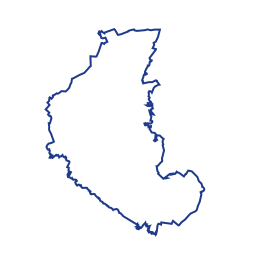 Villa Corzo, Chiapas, Mexico, rotated 98°
{"feature_id": "50627088B92605446489911", "entity_name": "Villa Corzo", "entity_type": "district", "adm_level": 2, "iso_a3": "MEX", "parent_name": "Mexico", "parent_adm1": "Chiapas", "projection": "mercator", "projection_center": [-93.016, 16.137], "detail": "fine", "context": "isolated", "style": "outline", "palette": "blue", "viewbox_px": 256, "rotation_deg": 98, "n_neighbors": 0, "source": "geoboundaries", "source_scale": "gbopen_adm2", "svg_char_len": 5900}
<svg xmlns="http://www.w3.org/2000/svg" viewBox="0 0 256 256"><g transform="rotate(98 128 128)"><path d="M166.8,52.5L162.1,58.7L161.8,62.5L165.6,64.1L165.6,64.6L168.2,65.9L165.6,70.5L165.0,72.8L164.5,73.7L166.7,74.7L167.9,78.0L167.0,77.5L167.6,79.9L168.0,80.5L171.7,84.1L172.1,82.2L172.8,84.1L172.2,84.7L173.3,86.0L169.1,91.8L168.2,91.4L166.5,92.9L161.9,94.3L161.9,93.6L157.8,90.9L156.3,89.6L155.9,89.5L153.5,90.1L145.2,89.2L140.1,91.3L139.4,90.8L137.7,91.6L135.9,91.9L133.8,91.2L133.2,92.5L131.1,95.4L131.1,98.2L134.1,98.8L135.9,97.6L137.4,99.4L136.8,100.5L135.5,99.9L135.6,98.9L135.1,98.9L134.8,99.6L130.2,99.7L129.2,100.8L129.1,103.9L125.8,106.6L124.4,106.5L124.2,105.5L122.9,105.5L123.4,107.5L123.9,108.0L122.6,108.3L122.4,108.8L122.3,109.9L122.9,110.8L122.9,111.5L121.2,112.4L120.7,111.4L121.1,110.1L121.0,109.5L120.6,109.3L120.5,106.4L119.8,105.3L118.3,104.7L117.6,105.2L117.6,106.8L113.6,106.4L111.9,107.6L111.7,107.4L110.8,107.9L111.1,104.5L110.4,105.1L110.3,105.6L109.6,106.0L109.8,108.5L107.7,109.4L107.7,107.4L106.3,107.8L105.2,106.1L104.3,106.8L101.0,107.2L101.1,107.8L101.7,108.7L102.7,108.8L102.5,109.7L103.3,109.7L103.2,110.3L103.5,111.3L103.0,112.6L102.9,112.1L102.2,111.9L102.1,111.6L101.0,111.8L101.2,111.4L100.6,111.5L100.5,110.8L99.8,109.9L99.7,109.1L100.0,108.6L99.3,108.5L98.5,109.6L98.5,110.0L96.6,111.5L95.4,110.9L94.7,110.8L93.9,112.1L92.6,111.9L90.2,112.3L89.8,112.6L89.1,112.1L88.6,112.1L88.5,111.7L88.7,110.3L89.7,109.3L84.6,108.0L83.2,107.0L80.9,103.8L80.7,103.0L77.9,105.7L77.3,107.2L77.0,106.8L76.9,107.1L79.2,110.3L79.7,113.7L81.7,119.1L80.5,119.4L80.6,119.7L79.3,119.9L79.0,120.6L78.6,120.6L75.4,119.9L73.4,119.8L73.1,119.6L72.8,118.0L71.8,116.9L71.2,117.3L71.2,118.9L69.9,119.0L66.4,118.0L64.5,117.0L63.4,117.1L63.4,116.0L62.6,115.6L59.6,115.7L59.0,114.6L58.1,113.9L57.7,113.9L57.6,115.0L57.2,115.3L57.2,115.7L55.7,116.4L46.7,111.4L46.0,111.3L45.5,114.7L42.0,113.6L40.2,114.5L38.6,112.5L33.8,111.0L26.1,110.1L26.8,115.1L28.0,119.0L27.7,122.4L28.8,125.0L30.6,132.7L30.4,135.1L29.6,135.6L30.2,137.7L31.7,141.1L32.3,141.1L36.2,148.1L37.2,150.9L32.6,154.6L32.0,155.4L36.8,164.5L37.5,164.5L36.7,166.4L35.7,167.7L37.2,168.7L36.4,169.9L38.5,170.5L39.7,169.2L38.9,168.6L42.6,166.9L42.7,165.2L41.7,162.9L45.5,160.5L46.9,162.7L48.1,163.3L47.3,165.3L47.5,166.0L56.1,167.6L61.4,169.1L61.8,169.7L62.2,175.2L71.9,173.5L72.5,174.2L79.5,178.9L82.5,183.8L86.3,188.9L87.0,190.3L91.0,190.4L92.8,191.1L96.4,191.8L98.5,193.2L100.5,194.9L100.7,198.6L101.0,199.3L101.7,199.8L103.4,201.7L103.8,202.4L103.6,203.5L105.2,205.1L106.1,206.9L106.4,207.0L107.5,206.5L109.3,207.5L109.3,207.9L109.6,208.0L108.5,209.7L109.0,210.1L110.1,209.9L112.2,209.9L114.0,211.3L116.2,208.9L121.0,212.1L123.7,208.1L125.8,209.0L126.8,207.8L126.7,206.9L127.3,206.6L127.4,205.8L129.3,205.2L134.3,206.0L134.3,207.1L137.8,206.2L140.1,206.0L141.2,205.7L144.2,203.5L151.8,199.5L153.2,201.3L154.6,204.5L156.1,205.5L157.9,206.1L159.0,205.7L159.5,205.0L160.5,204.5L160.6,204.0L160.1,203.1L160.7,203.0L161.3,202.3L163.5,202.4L164.1,202.1L164.3,201.4L165.0,201.4L165.2,201.0L164.9,200.7L165.2,200.4L168.3,201.5L168.4,200.8L168.1,200.4L166.0,198.8L166.4,198.6L167.8,199.0L168.1,198.9L168.2,198.7L164.5,195.3L164.6,194.9L165.2,194.6L165.1,193.8L164.6,193.5L163.8,193.8L166.6,192.1L165.6,191.5L165.5,190.4L163.9,189.1L164.9,188.6L165.6,187.7L165.4,187.3L165.8,186.4L165.1,185.8L166.1,185.0L167.0,185.5L167.6,184.8L168.4,184.6L168.8,183.8L169.1,181.8L169.5,181.3L170.8,181.3L175.2,182.8L175.6,181.1L178.5,181.0L179.1,180.1L179.7,178.3L182.6,179.4L180.4,180.6L182.6,181.4L184.9,180.6L185.2,178.2L186.4,175.8L186.1,175.8L186.8,175.2L186.6,174.6L186.5,172.2L187.5,171.3L188.2,172.2L189.0,172.7L189.4,172.3L190.5,172.1L192.0,170.4L191.3,170.0L190.9,168.8L191.5,168.3L191.2,167.7L192.1,166.8L191.6,166.5L192.9,165.8L193.7,164.8L192.9,160.5L193.2,160.0L193.9,159.8L194.9,158.1L195.5,158.1L195.8,156.5L196.2,156.3L196.7,156.8L197.3,156.7L198.3,155.6L198.7,155.6L198.8,155.1L198.1,153.4L198.2,151.7L199.4,150.8L201.8,147.5L201.2,147.3L201.7,146.4L203.7,145.6L204.4,144.4L204.7,143.0L206.0,142.2L205.9,141.7L206.3,141.2L206.2,140.5L206.6,139.6L207.6,138.3L207.5,137.8L208.2,137.5L208.3,136.4L209.2,136.0L209.5,133.6L209.9,132.8L211.1,131.5L210.8,131.4L210.5,129.8L209.8,128.2L210.0,127.3L210.9,126.1L211.9,125.5L213.1,125.2L213.3,124.9L213.4,123.4L214.4,122.4L214.9,121.5L216.0,120.5L222.1,106.2L221.8,105.7L222.1,105.7L222.2,104.6L222.6,104.6L222.4,104.2L222.8,104.5L222.9,104.2L223.4,104.1L223.5,104.4L223.0,104.7L223.4,104.7L223.1,105.0L223.4,105.0L223.4,105.3L223.7,104.5L223.9,104.5L224.1,104.9L224.0,105.1L224.2,105.4L224.2,105.1L224.5,105.1L224.1,104.4L224.4,104.3L223.9,104.1L224.1,103.9L225.0,104.4L224.8,104.8L225.2,104.7L225.1,105.0L225.5,105.3L225.5,105.0L226.0,105.4L226.2,105.2L225.6,104.2L226.6,104.6L226.8,103.5L226.2,102.7L225.5,102.5L225.4,101.8L224.7,101.9L224.9,101.1L223.7,100.2L222.1,99.6L221.7,99.0L221.0,98.8L220.7,98.4L219.3,97.6L220.5,97.1L220.8,96.7L220.8,96.0L222.0,96.6L222.8,96.2L223.0,95.3L222.3,94.6L222.5,93.9L222.1,93.0L222.7,93.3L222.7,93.6L223.1,93.0L224.1,93.1L224.8,93.4L224.7,93.9L225.0,94.1L225.4,93.9L226.7,94.3L227.1,93.9L226.9,93.5L227.5,93.6L228.3,93.0L227.7,92.5L227.9,92.2L227.6,92.2L227.9,91.9L227.8,91.3L228.1,90.9L229.1,90.1L228.9,89.9L229.3,89.5L229.1,89.3L229.0,88.4L228.6,89.1L228.4,89.2L228.5,88.7L227.7,89.3L227.7,89.1L228.7,88.4L228.8,87.9L229.2,87.7L229.4,87.2L229.0,86.2L228.0,87.0L228.3,86.3L227.7,86.1L228.0,85.9L228.5,86.2L228.7,85.8L229.4,86.0L229.9,85.7L229.3,85.4L226.5,85.1L220.2,85.2L218.7,84.6L218.5,84.2L219.0,81.8L216.9,81.9L216.8,73.3L216.9,71.5L213.7,70.5L217.4,64.5L217.2,63.9L214.0,62.0L210.9,58.9L204.7,54.7L203.8,53.8L201.0,49.5L199.6,48.5L195.4,47.9L190.9,46.7L183.6,46.1L181.4,47.2L180.7,46.2L181.1,46.0L179.4,44.2L178.5,43.9L177.3,44.2L175.9,45.7L175.9,46.4L175.1,46.4L172.8,47.6L170.8,50.4L166.8,52.5Z" fill="none" stroke="#1e3a8a" stroke-width="2"/></g></svg>